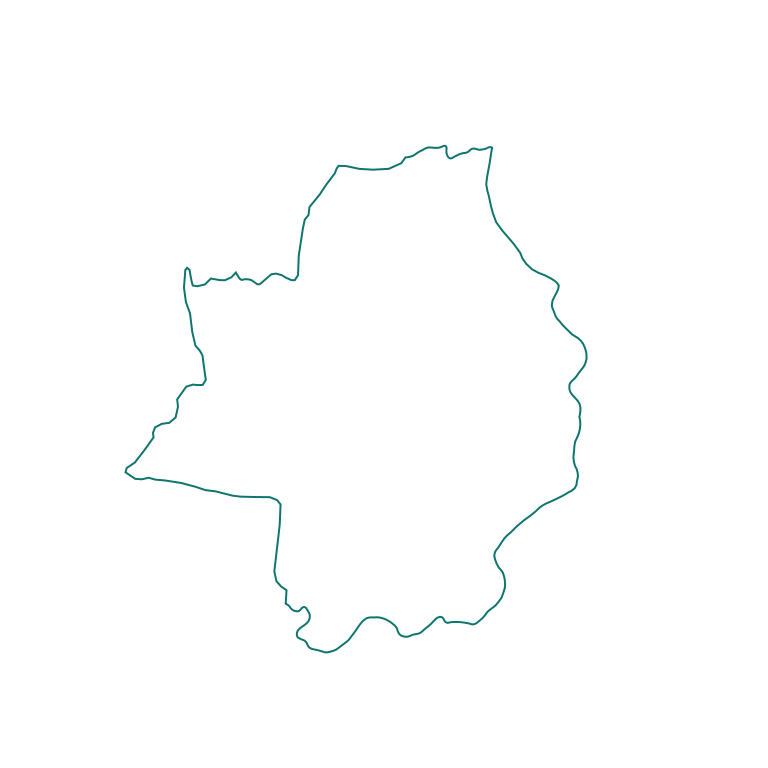 outline of Los Cerrillos, Canelones, Uruguay, rotated 219°
{"feature_id": "84410073B16408849158575", "entity_name": "Los Cerrillos", "entity_type": "district", "adm_level": 2, "iso_a3": "URY", "parent_name": "Uruguay", "parent_adm1": "Canelones", "projection": "natural_earth1", "projection_center": [-56.396, -34.629], "detail": "fine", "context": "isolated", "style": "outline", "palette": "teal", "viewbox_px": 768, "rotation_deg": 219, "n_neighbors": 0, "source": "geoboundaries", "source_scale": "gbopen_adm2", "svg_char_len": 6034}
<svg xmlns="http://www.w3.org/2000/svg" viewBox="0 0 768 768"><g transform="rotate(219 384 384)"><path d="M509.9,573.7L509.5,566.5L515.8,554.1L527.6,543.5L538.5,535.7L551.0,529.3L556.6,524.9L556.4,521.8L554.8,516.5L554.6,510.6L554.3,502.3L553.2,490.7L553.3,474.7L549.0,467.8L549.0,461.9L544.9,453.8L531.2,430.4L521.9,417.9L519.3,414.5L518.7,408.5L521.4,406.4L527.2,404.9L532.1,404.2L537.4,401.8L540.6,398.4L541.8,391.8L543.3,383.3L545.2,381.8L548.2,381.6L552.3,381.3L554.8,380.3L557.8,378.1L560.2,375.2L562.7,375.1L566.3,376.3L569.3,377.4L569.7,371.0L572.9,364.6L576.8,361.5L584.9,357.0L585.8,348.7L590.6,342.5L594.6,340.2L598.1,342.7L603.1,346.9L606.9,350.3L610.1,350.4L610.1,347.4L608.5,345.2L606.4,342.2L600.2,333.1L589.6,323.1L579.2,316.8L565.8,303.8L554.6,295.1L548.4,294.1L543.1,292.0L531.5,281.0L525.1,275.1L524.3,269.2L528.1,265.9L532.1,263.3L536.0,257.5L535.0,241.8L529.8,236.7L524.9,226.9L526.4,218.7L531.6,213.2L534.6,206.3L532.8,200.7L529.5,197.4L528.6,182.9L528.2,166.2L531.1,156.8L529.3,152.7L517.7,153.7L512.2,157.6L507.8,163.1L501.5,165.8L493.2,171.4L479.2,179.5L465.8,185.5L455.9,189.2L447.3,194.6L431.5,201.9L424.6,206.2L413.6,214.6L401.5,224.2L394.1,226.5L388.6,225.3L376.7,209.3L368.7,196.8L359.4,182.1L351.2,169.2L343.4,163.0L336.3,161.9L330.0,162.4L322.1,151.4L320.6,151.7L318.9,151.9L316.9,151.5L315.9,151.2L314.8,151.0L313.8,150.9L312.5,151.0L310.9,151.3L309.8,151.9L308.7,152.5L307.8,153.2L307.2,154.2L306.9,155.4L306.8,157.1L306.8,158.6L306.4,159.6L305.7,160.4L304.6,160.9L303.4,160.8L301.8,160.3L300.2,159.6L298.6,159.1L297.3,158.5L295.9,157.3L294.8,155.9L293.9,154.1L293.4,151.7L293.5,149.6L293.9,147.4L294.4,145.6L295.0,143.7L295.6,141.3L295.8,139.5L295.7,137.4L294.9,135.6L293.7,134.0L292.4,133.1L290.9,132.8L289.5,133.1L288.3,133.4L286.6,133.9L285.1,134.4L283.8,134.6L282.4,134.4L280.6,133.9L279.1,133.0L277.3,132.4L276.0,132.3L275.0,132.3L273.5,132.7L271.6,133.6L269.8,134.5L268.0,135.4L266.3,136.2L264.2,137.0L262.7,137.7L261.3,138.2L260.1,139.0L259.9,139.1L258.9,140.1L257.8,141.5L256.8,142.9L255.7,144.4L254.7,146.1L253.8,148.1L250.8,160.3L250.4,162.4L250.4,165.0L250.5,167.1L250.6,170.1L250.7,173.2L251.0,176.9L251.3,180.5L251.4,184.0L251.3,186.4L250.7,189.2L250.1,191.0L248.9,192.8L247.3,194.4L244.9,196.3L243.0,198.0L240.9,199.5L238.5,200.7L236.3,201.6L233.5,202.4L230.8,202.9L228.2,203.1L226.0,203.1L223.7,203.1L220.5,202.4L217.7,200.5L215.2,199.4L212.7,199.2L210.4,199.9L208.0,201.2L206.4,202.8L205.1,204.9L203.7,207.5L201.5,210.0L199.7,212.3L198.8,214.8L198.2,218.5L197.5,222.1L196.6,226.1L196.3,229.9L196.0,233.6L195.4,236.1L194.3,237.8L193.2,238.8L191.6,239.3L189.7,238.9L188.0,238.0L186.2,237.7L184.3,238.3L182.7,240.3L180.8,242.3L177.6,244.9L175.0,246.9L171.6,249.0L167.3,251.4L164.9,252.3L163.1,253.6L161.7,256.0L161.0,259.1L160.1,263.9L160.0,268.1L160.2,271.6L159.8,274.6L159.2,276.9L158.6,279.1L158.0,282.0L157.9,285.1L157.9,287.8L158.0,289.1L158.0,290.4L158.4,292.6L159.5,295.8L160.4,298.2L161.7,301.4L163.0,303.4L164.4,305.2L167.1,308.0L169.4,309.9L172.9,312.2L176.2,313.1L179.1,313.5L180.7,314.2L183.2,315.2L187.0,317.4L190.1,319.8L191.5,322.1L192.2,324.4L192.3,328.5L192.7,332.7L193.0,335.2L193.3,340.0L193.0,343.9L192.2,347.9L191.8,351.5L191.5,354.7L190.8,359.3L189.6,365.6L188.3,370.3L187.2,374.7L186.1,379.9L185.3,385.7L184.3,389.5L182.7,393.3L180.6,397.3L178.0,402.6L176.0,406.9L174.1,411.3L172.4,416.0L170.9,419.3L170.6,421.3L170.2,423.0L170.9,426.6L173.1,430.3L175.2,434.4L177.8,437.0L180.7,439.1L184.1,440.6L186.9,442.7L187.4,443.1L190.7,446.2L194.2,451.6L197.0,455.6L199.2,459.5L200.1,463.4L201.4,468.0L203.5,472.4L205.9,476.0L208.6,479.1L211.4,481.3L212.7,483.9L214.6,486.9L216.4,489.2L218.8,491.1L220.9,492.2L223.3,492.9L227.0,493.5L230.4,494.0L233.1,494.6L235.8,496.0L237.7,497.8L239.5,500.4L239.9,502.0L239.9,504.3L239.5,506.8L239.3,508.9L239.3,511.6L239.6,514.9L239.6,518.3L239.7,521.8L240.0,524.8L240.9,527.7L242.4,531.0L245.0,534.1L247.3,536.3L251.1,538.8L254.6,540.6L257.7,541.4L262.0,541.8L265.7,541.3L269.1,540.9L272.9,541.3L276.5,541.6L280.2,542.0L283.3,542.4L286.7,543.2L290.5,543.7L293.7,544.9L297.3,547.1L300.9,549.0L303.1,550.7L305.6,555.1L306.6,559.6L307.4,563.7L308.3,567.2L310.1,570.5L313.2,571.5L317.2,571.5L321.3,571.0L327.3,569.7L334.0,567.6L341.1,566.3L349.2,566.9L355.3,568.7L360.8,571.7L371.0,574.4L379.8,576.1L388.4,577.6L398.6,580.3L406.8,585.2L412.7,589.5L415.3,591.6L420.5,595.8L423.5,598.0L425.0,599.0L425.5,599.4L429.5,602.9L430.3,603.6L434.0,609.5L435.2,611.7L437.8,616.4L438.6,617.9L441.2,622.7L444.5,628.2L447.7,633.9L448.7,635.7L450.6,634.9L451.6,633.8L451.9,633.2L452.2,632.6L452.6,631.6L453.1,630.8L453.6,630.1L454.2,629.3L454.7,628.7L455.2,628.1L455.8,627.5L456.3,626.9L456.8,626.4L457.3,626.0L457.8,625.7L458.4,625.4L459.2,625.1L459.7,624.8L460.3,624.6L460.9,624.3L461.6,624.0L462.1,623.7L462.6,623.3L463.0,622.9L463.5,622.3L463.8,621.8L464.0,621.2L464.2,620.5L464.3,620.0L464.3,619.4L464.5,618.6L464.7,617.8L464.9,617.0L465.3,616.2L465.7,615.5L466.1,614.9L466.6,614.4L467.2,613.8L467.7,613.3L468.2,612.7L468.7,612.0L469.1,611.4L469.5,610.7L470.1,609.8L470.4,609.2L470.7,608.6L471.1,607.7L471.5,606.9L471.9,605.9L472.2,605.2L472.5,604.5L472.8,603.7L473.1,603.0L473.4,602.2L473.8,601.6L474.1,601.4L474.4,601.1L475.0,600.8L475.9,600.7L476.7,600.7L477.4,600.9L478.2,601.2L479.0,601.6L479.7,602.1L480.2,602.4L480.4,602.5L480.9,603.0L481.5,603.6L482.1,604.3L482.6,604.9L482.9,605.4L483.3,606.0L484.0,606.8L484.5,607.3L485.1,607.6L485.8,607.7L486.5,607.5L487.0,607.1L487.6,606.4L488.1,605.4L488.6,604.4L489.2,603.3L490.1,602.2L490.9,601.3L492.0,600.5L493.0,599.6L493.9,599.0L495.0,598.2L495.9,597.6L497.0,596.8L497.7,596.3L498.3,595.8L498.4,595.7L498.8,595.3L499.3,594.5L499.8,593.6L500.2,592.8L500.6,591.9L500.9,591.0L501.1,590.3L501.4,589.7L501.7,589.1L501.8,589.0L502.1,588.3L502.5,587.5L502.8,586.8L503.1,585.8L503.5,584.7L503.8,583.7L504.1,582.8L504.3,581.9L504.5,581.2L504.8,580.4L505.1,579.6L505.7,578.7L506.2,577.8L506.8,577.0L507.4,576.3L508.1,575.4L508.9,574.5L509.9,573.7Z" fill="none" stroke="#0f766e" stroke-width="2"/></g></svg>